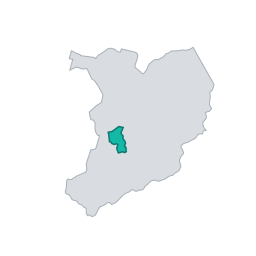 location of Tonj North, Warrap, South Sudan, rotated 286°
{"feature_id": "79223893B57741024830751", "entity_name": "Tonj North", "entity_type": "district", "adm_level": 2, "iso_a3": "SSD", "parent_name": "South Sudan", "parent_adm1": "Warrap", "projection": "orthographic", "projection_center": [28.767, 8.246], "detail": "fine", "context": "in_parent", "style": "filled", "palette": "teal", "viewbox_px": 256, "rotation_deg": 286, "n_neighbors": 0, "source": "geoboundaries", "source_scale": "gbopen_adm2", "svg_char_len": 4046}
<svg xmlns="http://www.w3.org/2000/svg" viewBox="0 0 256 256"><g transform="rotate(286 128 128)"><path d="M201.5,190.6L194.5,197.8L194.0,198.2L193.1,198.7L190.3,198.8L187.4,198.5L184.6,196.7L181.9,198.1L180.2,198.6L179.1,198.8L176.7,199.0L173.2,199.8L171.7,200.8L170.9,201.5L170.2,202.9L169.8,203.0L169.2,202.9L168.3,202.3L166.5,201.6L165.5,199.8L164.7,198.8L164.0,198.2L161.0,200.0L159.6,200.4L158.5,200.4L156.4,199.4L154.0,198.6L152.8,198.6L151.0,199.6L149.0,201.2L147.9,202.8L147.4,203.7L146.7,202.3L146.0,201.4L145.0,201.1L143.0,201.4L142.6,200.9L142.5,199.7L142.2,198.6L141.7,197.8L140.2,196.9L136.3,195.3L133.3,191.9L131.7,190.3L130.6,189.3L129.1,186.7L127.3,184.8L125.1,184.0L123.7,184.4L122.2,186.4L119.5,188.2L118.2,188.3L116.6,187.3L114.6,186.6L110.9,186.3L109.4,187.1L107.4,188.6L105.7,189.4L104.7,189.5L103.7,189.1L102.6,189.0L101.6,188.9L99.7,187.6L98.7,186.7L98.0,185.8L96.9,185.2L95.6,184.6L94.7,183.8L94.2,182.8L93.5,181.5L92.5,180.3L89.6,178.2L88.7,177.0L88.0,175.8L86.8,174.4L85.5,172.6L85.1,170.0L85.1,167.9L84.8,166.9L84.2,166.0L83.6,165.1L82.6,164.2L80.1,162.8L77.6,161.3L76.4,160.3L74.1,160.0L72.8,159.1L71.6,157.1L71.2,155.5L70.0,154.3L69.5,153.4L69.3,152.4L70.2,149.3L68.9,148.2L66.9,146.7L65.5,145.1L64.6,143.7L62.1,141.8L56.6,138.9L53.4,137.1L51.7,135.4L50.2,133.8L50.0,133.1L51.0,131.6L51.2,130.3L50.4,128.8L47.1,126.1L44.5,123.0L42.5,122.1L37.7,121.2L36.3,120.9L34.9,120.3L33.5,118.9L33.0,117.3L33.8,114.8L33.3,114.0L32.5,113.8L32.8,113.2L33.7,112.0L35.2,111.2L39.1,110.0L39.4,109.5L39.5,107.9L39.8,107.2L41.2,105.0L41.4,104.1L41.5,102.2L41.7,101.3L42.1,100.7L43.2,99.6L43.5,98.9L43.7,97.5L43.6,94.7L44.2,93.5L46.7,91.0L47.4,89.8L47.6,88.8L47.6,87.8L47.8,86.7L48.5,85.7L49.2,85.4L51.0,85.1L52.3,85.3L61.0,83.6L62.0,83.9L62.5,84.9L62.4,86.6L62.6,87.4L63.0,88.0L64.4,88.8L65.4,90.1L65.9,90.6L67.3,91.5L73.7,99.2L75.6,99.9L77.3,99.7L80.9,98.1L82.7,97.7L95.1,98.2L96.4,98.0L96.5,98.0L98.4,101.8L99.3,102.7L112.9,102.8L112.6,101.7L112.8,100.5L115.2,98.1L115.6,97.9L117.6,96.7L119.7,96.0L123.6,95.1L125.1,93.7L125.9,92.4L125.9,90.0L126.4,89.6L127.3,89.0L131.9,86.7L132.6,86.3L140.7,91.4L145.3,95.5L145.5,95.7L145.8,95.7L146.0,95.6L146.2,95.4L146.7,95.2L148.7,95.2L152.3,94.9L153.5,94.4L160.8,87.1L162.6,84.7L163.1,84.3L164.2,82.6L165.2,79.7L165.5,79.4L173.4,72.5L173.7,72.0L173.7,71.5L172.5,69.2L172.2,68.1L172.2,66.3L172.4,63.5L172.2,61.7L172.1,61.2L167.6,56.1L178.8,56.0L178.8,55.4L178.8,55.2L178.6,54.5L178.4,53.7L178.4,53.3L178.5,52.9L178.5,52.7L178.4,52.5L178.5,52.4L186.6,52.3L186.5,53.7L185.6,57.1L185.6,59.1L185.4,61.4L185.1,62.1L184.7,62.6L184.6,62.9L184.6,63.2L186.5,76.0L186.4,76.5L185.9,77.3L185.8,77.6L185.8,77.8L186.0,77.9L189.7,79.3L189.9,79.3L190.0,79.5L191.4,81.1L198.9,87.1L199.1,87.4L199.9,89.3L200.0,89.6L200.0,90.0L200.0,90.4L199.9,91.6L199.9,92.1L200.1,92.4L200.2,92.8L200.1,93.2L199.0,95.4L198.7,97.0L198.6,98.3L198.7,99.1L198.8,99.6L198.9,99.8L199.0,99.9L202.2,99.8L202.2,100.5L202.8,112.1L202.8,113.4L202.7,115.1L202.4,115.7L201.5,116.6L200.3,117.5L197.5,117.7L195.1,117.7L193.4,117.6L191.1,117.5L188.9,117.7L188.1,118.5L185.3,124.7L184.4,126.2L184.1,127.1L184.4,127.6L185.6,128.4L188.1,129.5L190.9,130.1L193.0,130.3L194.5,130.6L195.6,130.9L199.7,133.7L201.0,135.0L201.7,136.1L201.9,137.3L202.5,138.6L206.2,142.4L209.8,144.1L211.1,146.2L212.4,147.1L213.7,148.2L214.4,149.8L215.9,154.4L217.0,156.8L218.1,158.8L218.5,162.0L219.4,163.4L220.2,165.2L221.7,166.8L223.2,168.0L223.5,168.3L208.4,183.6L201.5,190.6Z" fill="#d9dde1" stroke="#a8b0b8" stroke-width="1"/><path d="M127.0,120.8L126.9,118.8L120.3,113.7L118.4,110.1L116.2,111.4L109.7,114.0L109.8,115.3L108.6,116.8L108.4,119.2L109.7,121.5L109.3,122.7L107.4,122.9L106.2,122.6L104.2,123.4L103.0,124.5L102.0,125.0L101.4,125.8L103.8,129.5L103.4,130.8L103.5,131.6L104.8,132.9L106.3,132.1L107.8,131.9L108.4,131.6L109.2,130.6L109.3,129.9L110.5,129.8L111.3,129.4L112.2,129.9L113.7,129.3L115.1,127.9L115.7,126.7L117.6,125.6L118.4,125.7L119.1,125.3L120.5,123.1L121.3,122.6L127.2,123.2L127.0,120.8Z" fill="#14b8a6" stroke="#0f766e" stroke-width="1.5"/></g></svg>